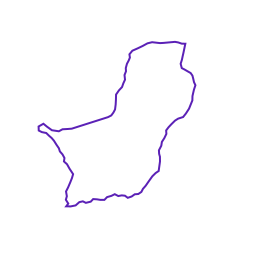 the district of Indiana, São Paulo, Brazil, rotated 233°
{"feature_id": "56859067B42433068505408", "entity_name": "Indiana", "entity_type": "district", "adm_level": 2, "iso_a3": "BRA", "parent_name": "Brazil", "parent_adm1": "São Paulo", "projection": "albers", "projection_center": [-51.261, -22.133], "detail": "fine", "context": "isolated", "style": "outline", "palette": "violet", "viewbox_px": 256, "rotation_deg": 233, "n_neighbors": 0, "source": "geoboundaries", "source_scale": "gbopen_adm2", "svg_char_len": 1543}
<svg xmlns="http://www.w3.org/2000/svg" viewBox="0 0 256 256"><g transform="rotate(233 128 128)"><path d="M102.6,31.5L99.8,35.2L97.7,39.6L98.1,44.5L96.6,47.8L93.6,49.3L91.6,53.9L92.2,57.4L89.7,60.3L87.3,62.6L84.8,65.9L85.4,69.7L83.8,73.9L83.1,77.6L79.5,79.3L78.0,82.4L75.8,84.8L72.4,85.8L71.1,89.7L71.0,93.5L69.1,96.5L68.9,100.2L70.4,103.3L71.2,107.2L73.2,113.3L74.8,118.4L75.4,123.0L75.2,126.6L79.6,131.0L82.0,133.4L85.8,136.2L88.6,137.3L91.6,139.3L93.8,143.9L96.5,146.7L98.0,150.8L100.2,155.1L103.1,157.0L104.2,160.8L104.9,164.8L105.6,170.0L105.3,173.7L103.6,178.6L104.7,182.9L106.7,188.4L111.3,196.0L114.7,198.7L118.9,203.7L121.6,207.6L124.9,208.3L128.2,209.8L131.1,211.0L134.2,211.1L137.7,209.6L140.8,208.3L143.5,207.0L147.6,208.7L150.2,212.3L152.3,214.7L154.4,217.2L157.3,220.5L160.8,224.5L163.0,221.7L166.1,219.6L168.5,217.4L172.9,210.3L174.7,207.4L176.5,204.7L182.0,198.9L183.9,194.5L184.7,189.0L185.8,183.6L187.1,178.0L186.0,173.5L183.1,171.9L181.5,169.2L179.9,165.8L177.2,162.3L174.5,160.5L172.4,157.1L168.4,154.7L166.5,151.2L164.3,147.9L163.5,143.4L161.9,138.6L158.0,135.5L154.2,132.3L150.6,128.8L149.1,125.6L148.1,122.2L148.7,118.6L161.3,82.7L163.4,79.4L166.4,74.9L167.0,70.8L172.0,65.9L177.8,64.1L182.3,63.0L183.0,57.5L179.7,55.2L176.6,56.7L173.2,59.7L169.2,60.3L166.0,61.0L162.4,61.2L157.7,60.8L153.4,60.6L150.3,59.5L146.3,59.8L142.3,59.2L139.8,56.7L135.8,57.5L130.6,56.8L124.2,56.4L121.8,53.2L119.3,49.1L116.6,44.4L114.6,40.3L110.3,38.1L108.1,35.2L103.6,34.8L102.6,31.5Z" fill="none" stroke="#5b21b6" stroke-width="2"/></g></svg>